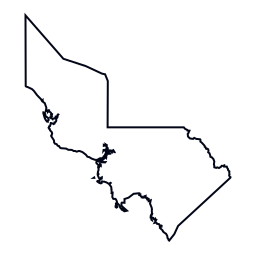 Kairuku - Hiri District, Central, Papua New Guinea
{"feature_id": "67681753B66231451727699", "entity_name": "Kairuku - Hiri District", "entity_type": "district", "adm_level": 2, "iso_a3": "PNG", "parent_name": "Papua New Guinea", "parent_adm1": "Central", "projection": "albers", "projection_center": [147.055, -8.887], "detail": "fine", "context": "isolated", "style": "outline", "palette": "ink", "viewbox_px": 256, "rotation_deg": 0, "n_neighbors": 0, "source": "geoboundaries", "source_scale": "gbopen_adm2", "svg_char_len": 5928}
<svg xmlns="http://www.w3.org/2000/svg" viewBox="0 0 256 256"><path d="M25.5,15.4L25.7,86.1L26.2,86.6L28.0,87.2L32.0,89.1L33.9,90.9L37.1,95.2L41.0,99.2L41.8,100.6L42.2,100.8L42.7,100.2L42.8,101.0L42.5,101.5L44.8,103.2L46.4,107.9L45.7,111.4L46.1,111.2L46.2,110.2L46.7,109.9L47.9,110.9L47.9,111.5L49.4,109.5L48.6,111.6L49.7,111.8L50.9,112.7L51.3,114.0L51.0,114.7L51.7,114.8L51.8,114.0L52.1,114.1L52.0,114.7L51.4,115.3L51.9,116.2L50.2,117.3L51.0,118.2L51.9,118.4L52.6,119.1L52.8,118.5L54.1,118.6L55.0,118.0L55.6,117.1L55.7,115.8L56.2,117.0L56.2,118.0L57.2,116.4L57.5,115.0L58.1,114.4L58.3,114.5L57.7,115.3L57.4,117.4L56.1,118.9L56.3,120.2L56.1,121.2L55.5,122.0L54.5,122.4L54.6,123.5L53.5,124.1L52.9,123.5L51.9,123.4L51.2,123.0L50.9,123.0L50.0,126.1L49.1,126.4L49.1,127.2L48.6,127.8L49.3,129.0L49.8,129.1L50.1,130.4L51.6,131.9L52.2,133.3L51.9,134.0L51.8,135.0L51.2,135.5L51.2,136.1L53.6,139.8L54.0,140.6L54.1,142.3L54.8,143.6L56.7,144.2L57.6,145.6L58.3,146.0L59.1,146.1L59.9,147.6L61.1,148.2L66.2,148.6L68.3,149.8L71.5,149.9L72.2,150.1L73.7,151.0L75.3,151.0L76.4,151.6L77.4,151.5L78.1,151.1L79.5,151.0L82.3,152.0L83.8,153.1L84.6,152.8L84.1,153.1L84.2,153.4L86.0,154.8L87.4,156.7L89.4,157.2L91.6,158.6L95.3,159.9L97.6,159.9L97.9,159.8L97.8,159.5L100.2,158.2L100.4,158.2L100.6,158.8L101.3,158.6L103.3,157.4L103.7,156.3L104.5,155.8L106.0,152.6L106.0,151.8L104.9,150.4L103.9,150.1L103.5,150.6L103.6,149.9L104.1,149.8L105.5,150.4L106.1,149.0L107.2,148.2L106.6,147.4L106.3,146.0L105.2,145.5L103.8,145.8L103.8,144.9L104.4,145.2L105.4,144.5L105.9,145.6L106.3,145.3L106.0,144.6L106.8,145.1L106.6,145.7L106.7,146.7L107.8,148.2L106.9,149.8L107.7,150.6L108.5,150.2L109.2,150.7L110.0,150.4L111.0,150.5L111.7,150.9L112.0,152.0L112.3,150.6L113.2,150.2L113.3,150.7L114.0,151.1L114.5,152.1L114.2,152.1L113.0,150.7L112.7,150.8L112.0,152.4L111.6,152.0L111.6,151.4L111.0,150.9L109.5,151.1L108.9,151.9L107.4,152.5L107.2,153.0L107.6,153.4L110.3,153.4L110.3,153.7L106.9,153.9L106.6,154.4L106.7,155.2L106.1,156.4L106.3,157.2L106.2,157.8L105.7,157.2L104.1,158.7L100.8,160.5L100.8,160.8L101.7,161.4L103.4,161.6L104.3,162.2L105.4,162.1L105.2,162.4L101.6,162.3L100.4,161.6L99.1,161.7L97.7,160.9L96.6,161.2L96.3,162.8L96.5,163.2L99.1,165.8L99.4,165.8L99.9,164.0L100.7,163.4L100.2,164.2L100.8,164.7L100.8,165.4L100.0,164.6L99.8,166.1L99.2,167.1L98.6,167.1L98.5,170.2L97.9,172.0L97.7,173.8L98.4,173.8L98.5,174.0L98.0,174.3L97.8,175.3L99.0,178.1L99.8,178.7L100.6,178.8L101.0,177.7L101.7,177.4L101.9,177.9L101.6,179.3L101.4,178.6L101.6,177.7L101.1,178.0L101.1,178.6L100.8,179.1L99.7,179.1L99.3,181.3L97.5,181.0L97.3,181.5L99.1,182.8L100.9,183.4L101.5,183.1L101.3,182.6L101.7,182.1L101.7,181.5L102.4,181.4L102.9,181.7L104.4,181.7L106.7,182.5L109.3,184.2L110.0,183.1L110.4,182.8L110.7,183.0L109.7,184.0L109.7,184.9L111.2,186.8L111.4,188.4L111.3,189.0L111.6,189.7L111.5,190.8L112.1,193.0L111.7,193.2L112.1,193.5L112.6,193.2L112.3,196.9L113.1,198.7L113.9,199.0L115.1,198.8L115.9,199.3L116.9,201.5L117.0,202.4L115.9,203.5L115.9,204.1L116.2,204.7L115.5,206.2L115.6,207.0L116.4,207.6L117.0,207.3L117.0,206.0L116.5,205.3L116.6,204.6L116.3,203.7L116.7,203.0L117.2,203.0L119.1,205.0L119.5,205.6L119.5,206.7L120.1,207.0L120.6,208.2L121.1,208.5L121.8,209.7L122.5,209.7L122.1,208.8L123.0,209.1L123.4,208.8L124.1,208.8L124.5,209.9L124.4,210.4L124.1,210.6L123.6,210.3L123.4,210.6L124.4,211.3L127.0,210.7L121.9,206.2L121.4,204.9L121.5,203.1L121.9,202.6L124.5,202.8L124.5,199.0L128.5,197.7L133.6,193.8L138.5,193.3L138.9,193.9L139.6,193.5L139.8,193.9L139.5,194.0L139.4,194.7L139.9,194.7L139.6,195.1L140.1,195.2L141.0,196.4L141.8,196.6L141.8,197.3L143.1,197.3L143.1,197.6L143.5,197.6L143.6,197.4L144.1,197.4L144.3,196.3L145.3,196.0L145.1,196.5L145.7,196.7L146.0,197.9L146.6,198.2L146.9,198.1L147.1,199.1L147.3,199.0L147.6,199.4L147.6,199.0L148.1,198.9L148.1,198.6L148.7,198.9L148.7,201.1L150.7,200.3L150.0,203.5L151.6,207.5L152.0,209.3L151.8,209.7L151.9,212.2L151.9,213.1L152.3,213.7L151.9,214.7L151.5,214.6L150.9,215.4L150.7,216.1L152.0,217.5L153.3,217.9L154.0,219.3L154.9,219.3L155.3,218.8L155.6,219.5L156.3,219.8L155.8,220.7L155.5,220.3L155.2,220.5L155.4,221.6L154.7,222.8L155.5,222.6L156.3,222.8L156.8,223.2L157.0,223.8L159.1,224.2L159.8,225.5L161.1,225.5L161.6,225.7L161.5,226.7L159.9,226.8L160.1,227.4L159.9,227.9L162.7,230.5L162.9,231.4L164.4,232.7L166.1,233.8L167.2,235.8L167.6,238.2L168.2,238.8L168.7,240.2L169.2,240.6L174.3,234.1L178.1,225.9L230.3,177.8L230.5,177.2L229.6,176.5L229.1,175.1L229.5,174.4L229.2,172.7L229.4,171.4L228.3,170.4L228.0,169.7L228.1,169.2L227.2,167.9L226.8,166.6L224.2,166.6L224.2,165.4L223.0,165.9L221.7,165.8L221.0,166.8L219.0,168.0L217.1,167.4L216.2,167.9L214.3,167.3L214.3,165.8L213.9,164.4L214.3,161.4L213.3,158.8L212.7,158.4L212.1,157.5L210.3,156.7L210.3,155.7L209.5,153.3L208.2,152.3L208.5,150.7L208.2,149.3L207.2,148.7L206.4,148.9L206.0,148.7L205.7,147.4L204.7,146.8L204.7,145.9L204.2,145.3L201.7,142.6L200.4,141.6L200.4,139.7L200.1,139.3L196.3,138.9L194.2,137.9L193.1,138.9L190.1,138.5L188.4,137.0L188.0,136.4L187.7,133.9L188.4,133.1L189.4,130.7L187.5,130.6L187.3,129.9L185.1,128.9L183.8,127.3L107.6,127.3L107.8,81.0L105.1,74.3L101.9,73.6L85.8,66.1L63.4,58.8L25.5,15.4ZM47.7,121.7L47.5,121.3L47.8,120.9L47.8,120.5L48.6,120.1L48.7,119.7L48.4,118.5L47.3,117.3L45.8,116.5L44.8,113.0L43.4,112.4L43.3,113.0L43.5,113.9L44.8,118.2L45.8,120.1L47.1,121.7L47.7,121.7ZM108.9,151.0L108.7,150.4L108.4,150.4L108.0,151.0L107.2,151.0L107.0,151.3L107.3,151.7L108.9,151.0ZM101.3,161.4L100.6,160.8L100.4,160.9L101.0,161.5L101.3,161.4ZM151.0,218.2L150.7,217.3L150.6,217.8L151.0,218.2ZM98.5,168.5L98.3,166.8L98.2,166.8L98.1,167.3L98.5,168.5ZM99.3,159.3L98.9,159.1L98.6,159.5L98.9,159.6L99.3,159.3ZM94.3,177.9L94.2,177.5L93.6,177.9L94.3,177.9ZM151.8,220.0L151.6,219.2L151.4,219.7L151.8,220.0ZM99.3,161.1L99.1,160.8L98.5,160.9L99.0,161.2L99.3,161.1ZM103.2,161.9L102.3,161.8L102.2,161.9L102.5,162.1L103.2,161.9Z" fill="none" stroke="#020617" stroke-width="2"/></svg>